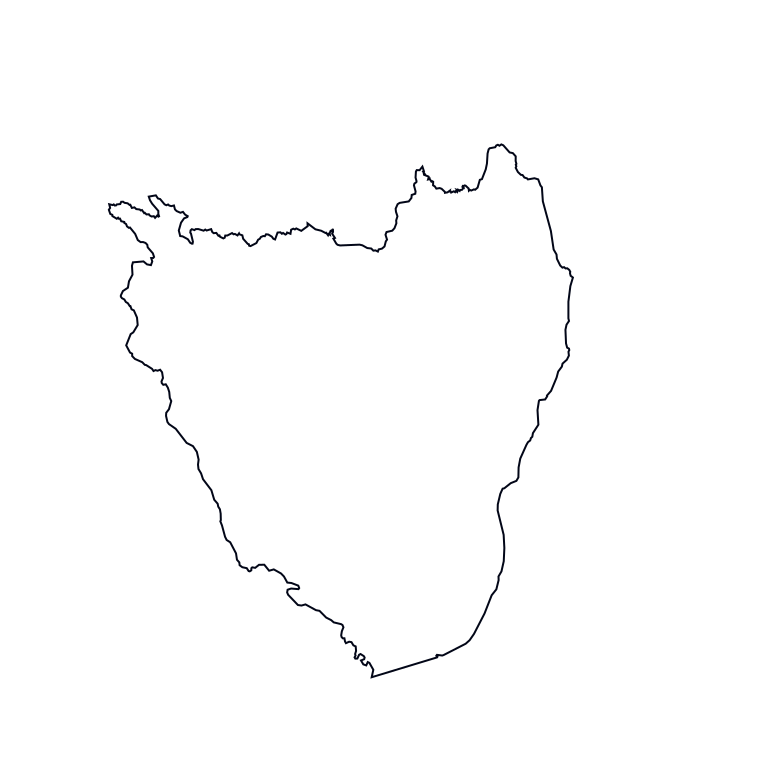 Timor Tengah Selatan, Nusa Tenggara Timur, Indonesia, rotated 337°
{"feature_id": "22746128B39495189442435", "entity_name": "Timor Tengah Selatan", "entity_type": "district", "adm_level": 2, "iso_a3": "IDN", "parent_name": "Indonesia", "parent_adm1": "Nusa Tenggara Timur", "projection": "equal_earth", "projection_center": [124.357, -9.823], "detail": "fine", "context": "isolated", "style": "outline", "palette": "ink", "viewbox_px": 768, "rotation_deg": 337, "n_neighbors": 0, "source": "geoboundaries", "source_scale": "gbopen_adm2", "svg_char_len": 6166}
<svg xmlns="http://www.w3.org/2000/svg" viewBox="0 0 768 768"><g transform="rotate(337 384 384)"><path d="M258.1,649.1L326.0,656.4L326.6,656.0L326.0,654.6L326.9,654.0L331.5,656.7L333.0,656.8L357.7,655.0L362.7,653.3L369.2,649.2L386.9,634.5L400.6,620.5L407.2,616.9L412.9,609.3L414.2,605.9L418.9,602.4L425.0,593.9L430.7,582.0L435.2,569.6L439.2,544.8L441.7,539.3L448.1,530.6L452.3,526.7L454.0,527.0L461.9,524.8L468.0,524.9L471.2,522.5L475.3,513.4L480.3,505.9L491.4,495.6L493.8,493.8L496.5,493.1L498.1,491.2L499.9,490.5L501.9,487.4L510.2,481.8L515.1,468.0L520.0,460.1L520.9,459.6L526.3,461.2L529.4,459.1L529.5,458.3L535.1,455.6L545.4,445.5L549.2,440.6L554.5,437.5L556.3,435.0L561.8,433.1L565.3,430.1L566.4,426.4L567.8,425.2L568.1,423.7L566.8,422.1L567.4,417.8L572.2,405.0L575.2,400.7L578.9,398.3L579.4,395.6L585.9,380.3L593.8,366.7L599.5,359.8L598.1,357.3L598.5,354.6L599.3,353.5L599.1,351.3L597.9,349.1L596.3,348.6L595.4,346.8L593.7,346.6L592.5,343.8L592.1,336.3L593.4,332.2L592.7,326.5L597.4,308.4L601.6,277.9L606.2,264.6L605.6,262.4L605.9,255.9L602.9,253.4L596.4,251.9L596.0,250.6L593.9,248.8L593.2,245.8L591.7,244.9L590.1,241.2L589.7,236.4L590.9,235.3L591.0,233.6L591.9,233.1L592.3,230.2L594.2,225.9L592.8,221.8L590.1,219.9L587.1,210.9L585.6,209.3L583.4,209.8L582.3,208.3L580.6,208.3L578.9,209.5L573.4,208.3L572.0,208.9L569.4,212.3L564.9,221.3L561.5,226.2L554.2,233.7L552.0,233.5L546.9,239.8L543.8,240.8L542.9,240.0L539.9,240.0L538.8,238.8L537.7,239.2L538.3,237.1L536.6,233.3L535.8,232.7L534.4,232.8L534.2,233.7L533.7,232.7L533.2,233.2L533.8,234.5L531.8,235.7L529.7,235.2L529.1,235.8L528.1,234.1L527.7,234.6L527.1,234.0L527.3,234.9L526.4,235.9L525.6,234.4L524.4,235.2L523.6,233.9L520.6,234.0L520.6,232.8L519.4,232.4L519.9,231.8L517.3,232.4L514.8,231.8L515.1,230.9L513.3,226.8L511.8,225.4L508.5,224.6L508.0,222.0L506.8,220.3L508.3,217.0L507.5,216.0L506.7,216.2L506.2,213.1L505.2,213.0L505.8,212.6L505.0,212.3L506.1,211.1L506.0,210.4L502.6,207.1L502.9,205.7L503.5,206.3L503.0,203.7L503.9,203.7L504.3,198.9L500.3,201.1L497.7,199.9L496.4,200.9L493.7,206.3L493.2,210.0L492.6,210.9L490.3,211.4L489.2,212.8L488.3,219.1L487.1,221.1L483.4,220.8L481.9,223.5L478.1,225.6L469.2,223.4L466.8,223.8L463.2,227.2L462.3,230.2L461.9,234.9L459.1,238.2L458.2,240.9L454.5,244.7L451.5,246.1L445.7,245.1L443.7,247.2L443.2,252.3L441.4,253.4L438.2,257.6L435.0,258.6L431.7,258.0L430.1,259.7L428.4,257.7L426.3,257.1L425.2,254.3L421.7,252.3L418.3,247.9L416.0,246.2L397.7,239.3L395.6,237.7L394.9,236.1L394.2,230.4L395.9,230.4L395.0,225.4L396.5,224.1L397.6,221.2L395.8,223.1L395.7,222.1L394.6,222.2L392.8,224.1L392.5,225.5L391.6,224.2L390.6,225.2L389.9,222.2L389.2,222.2L386.1,218.4L381.3,214.8L376.4,206.2L375.4,208.9L367.7,210.7L364.0,206.5L362.4,206.9L361.2,205.6L358.8,205.7L356.6,209.2L354.0,206.7L352.7,207.9L351.6,207.9L350.1,205.5L348.7,205.8L347.9,203.9L345.2,203.0L340.2,208.4L338.9,207.1L338.3,204.5L335.9,201.2L333.9,200.1L332.1,201.4L330.7,200.6L328.1,200.6L326.4,201.8L324.5,202.0L321.6,204.4L315.0,204.9L313.9,204.0L314.2,202.5L313.3,201.8L311.1,195.3L311.7,191.8L309.4,189.7L309.4,188.7L307.2,190.0L305.4,187.6L304.0,187.4L303.1,185.7L297.8,186.1L295.9,185.3L294.5,187.1L293.0,187.2L290.6,184.4L290.6,183.0L289.5,182.9L288.7,179.4L286.1,178.6L285.3,176.9L285.4,173.9L280.7,173.4L279.8,172.0L277.9,172.4L273.7,168.9L271.1,167.8L269.7,168.3L267.6,166.4L266.0,167.0L264.8,169.0L265.1,170.1L263.7,178.4L262.6,180.0L262.0,179.8L260.8,178.3L260.0,174.1L256.3,169.4L254.2,168.2L255.1,162.5L260.2,156.2L264.7,153.4L268.2,153.5L268.9,152.8L267.1,150.4L266.2,147.0L263.5,146.8L260.7,143.8L259.8,141.6L260.4,137.6L257.8,137.2L256.1,135.9L255.4,134.4L253.5,134.4L252.2,132.9L250.2,126.3L248.4,124.9L247.7,121.2L240.7,119.6L240.4,123.4L241.0,127.4L243.9,136.5L242.7,139.3L242.5,141.7L241.7,141.8L241.0,140.3L238.2,141.6L237.7,139.6L235.5,139.0L234.1,137.2L233.9,135.9L231.6,135.1L230.7,132.9L230.0,133.0L229.2,129.3L227.9,129.2L227.3,127.9L224.3,126.2L223.3,123.9L220.7,123.4L220.5,119.9L219.8,119.8L218.6,117.5L215.9,115.8L215.1,114.3L213.3,113.6L211.5,115.3L208.2,114.3L207.1,114.9L205.9,114.5L205.4,113.1L204.2,113.3L201.3,111.2L200.7,114.9L198.8,116.1L198.5,120.5L200.0,122.1L199.6,123.3L202.6,127.5L204.2,127.0L204.5,128.3L205.6,128.6L205.7,131.5L208.2,133.3L207.9,134.2L209.1,136.0L209.0,138.5L210.2,140.6L211.3,140.7L213.6,148.6L213.6,155.3L215.4,158.3L217.7,159.2L219.6,161.0L220.5,163.3L219.9,165.9L222.3,173.4L222.0,177.2L220.9,177.8L218.9,177.1L218.6,180.6L215.9,183.5L212.6,181.3L210.5,177.2L200.4,173.9L198.2,176.7L195.2,185.1L189.4,189.8L185.9,195.3L180.0,196.4L176.4,199.6L175.9,200.8L176.3,202.6L178.0,204.7L178.4,207.6L179.8,209.6L180.4,213.0L181.0,213.2L180.8,216.6L182.5,218.5L182.6,226.3L180.3,233.5L173.4,238.5L170.3,239.1L161.8,247.7L162.5,255.8L164.0,257.7L163.1,260.0L164.5,263.6L170.0,269.5L171.3,272.9L172.5,273.7L176.4,279.4L176.9,282.0L179.0,281.9L180.8,283.3L183.5,283.4L184.3,286.5L182.9,292.1L180.2,294.7L179.8,296.3L180.5,298.5L183.0,299.0L183.6,302.9L183.2,307.4L181.4,313.1L181.5,316.6L176.2,323.2L172.3,325.4L170.9,328.2L169.8,334.3L170.4,336.9L174.8,343.9L179.3,361.1L183.9,366.6L185.2,373.4L183.8,381.2L181.3,385.5L180.0,389.8L180.7,394.8L180.2,400.9L183.6,414.3L182.5,424.2L184.1,429.2L183.5,432.1L184.0,435.2L183.0,439.5L180.6,445.6L179.7,446.4L179.6,450.9L178.0,462.5L178.2,466.1L180.6,469.6L181.6,482.1L180.0,488.3L181.1,491.7L180.3,494.4L182.0,497.3L185.7,499.9L186.3,503.3L187.2,504.0L189.0,503.7L190.0,501.7L191.1,501.3L193.6,502.9L198.3,501.6L203.2,503.6L205.3,511.0L210.1,511.6L215.2,518.2L216.7,522.1L217.4,529.0L221.0,531.0L226.3,536.1L226.2,538.7L225.1,539.4L218.6,536.0L214.9,535.7L213.4,538.0L213.4,540.6L218.4,553.8L221.5,555.7L225.6,556.2L233.0,565.6L236.0,567.6L239.5,576.4L243.1,580.7L244.6,583.8L250.7,588.3L251.6,589.6L251.6,592.1L248.6,595.1L246.4,598.6L246.1,600.3L246.7,602.0L248.2,602.6L247.5,605.8L247.7,607.7L251.2,607.6L253.2,608.9L253.7,612.6L255.4,614.5L254.0,618.8L251.9,621.3L251.7,622.9L250.1,624.1L250.3,625.6L252.2,626.3L255.3,623.5L256.9,623.4L259.1,626.6L259.3,628.2L258.2,629.6L254.8,629.5L255.4,634.0L257.7,636.1L260.4,633.6L261.6,635.0L262.5,642.9L258.1,649.1Z" fill="none" stroke="#020617" stroke-width="2"/></g></svg>